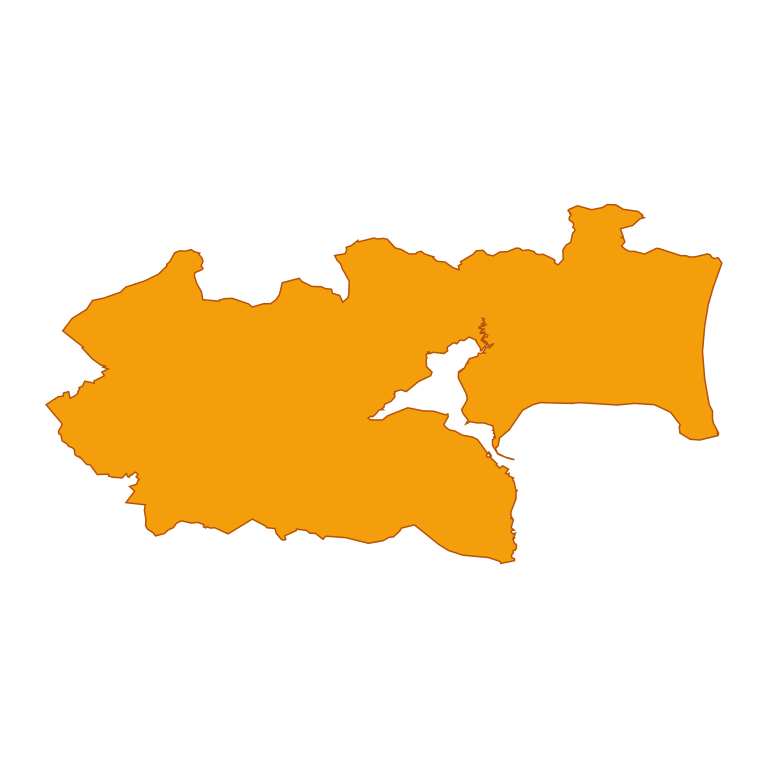 Wexford Lea-7, Wexford, Ireland
{"feature_id": "5873133B47724630895547", "entity_name": "Wexford Lea-7", "entity_type": "district", "adm_level": 2, "iso_a3": "IRL", "parent_name": "Ireland", "parent_adm1": "Wexford", "projection": "natural_earth1", "projection_center": [-6.494, 52.363], "detail": "fine", "context": "isolated", "style": "filled", "palette": "amber", "viewbox_px": 768, "rotation_deg": 0, "n_neighbors": 0, "source": "geoboundaries", "source_scale": "gbopen_adm2", "svg_char_len": 6092}
<svg xmlns="http://www.w3.org/2000/svg" viewBox="0 0 768 768"><path d="M282.3,282.7L279.4,294.8L275.8,299.9L270.6,303.7L263.8,303.7L252.2,307.0L248.5,303.9L232.2,298.3L224.3,298.7L219.1,300.2L219.1,301.2L202.8,299.7L201.4,291.7L197.0,284.0L194.4,276.3L194.9,272.7L202.4,269.4L203.0,268.1L201.1,266.1L203.0,261.3L201.9,258.0L199.0,254.6L199.8,253.2L194.3,251.7L191.2,249.6L185.3,251.2L179.8,250.8L174.8,252.7L169.7,261.7L166.7,264.3L166.9,265.9L158.6,274.1L144.5,281.0L125.8,287.1L120.3,292.3L103.7,298.1L92.4,300.5L86.7,309.3L72.2,318.4L62.7,330.9L83.4,347.2L82.1,347.9L92.3,358.9L100.9,365.1L105.0,366.0L102.9,367.1L108.1,368.8L101.8,372.1L104.4,375.7L94.0,381.0L94.3,383.1L84.8,381.2L82.5,386.0L79.0,387.7L79.5,389.2L77.8,391.7L78.1,393.4L73.4,396.7L70.1,398.2L68.6,391.6L63.4,393.1L63.4,396.0L58.1,396.8L46.1,404.7L61.8,423.4L62.0,425.2L58.7,430.7L58.7,433.6L60.9,435.0L62.2,440.9L67.4,444.2L68.2,446.0L72.6,447.9L74.2,449.5L75.1,454.8L77.7,456.7L79.7,456.5L80.0,458.0L81.4,458.4L86.5,464.3L90.3,465.0L97.2,474.5L108.6,474.2L108.5,476.0L112.3,477.2L122.2,477.9L126.3,473.6L127.6,476.6L129.2,477.3L130.0,475.3L131.2,475.4L135.3,472.1L138.0,474.4L136.1,476.9L139.2,479.6L137.6,481.2L136.7,484.2L129.6,486.5L134.6,491.2L125.9,502.6L145.3,504.8L144.4,510.3L145.9,519.4L145.6,525.7L147.4,529.0L153.2,532.8L155.4,535.9L164.3,533.6L168.0,530.1L173.4,527.6L176.5,523.2L181.6,520.8L191.3,523.1L197.8,522.4L203.9,524.6L203.4,526.7L205.7,527.9L206.4,526.7L210.9,528.1L214.7,527.7L228.1,533.9L252.3,519.1L265.8,526.1L266.7,527.7L275.0,528.5L276.2,533.2L281.4,539.5L284.2,540.1L285.8,539.4L284.7,535.8L296.3,530.6L296.5,529.1L306.4,530.4L309.9,533.2L315.5,533.4L323.0,539.3L325.7,536.2L345.5,537.6L368.6,543.3L383.0,540.7L389.0,537.3L393.5,536.9L399.9,530.8L401.4,528.1L414.5,524.9L438.6,544.3L448.5,550.5L463.0,555.2L488.1,557.5L500.0,561.4L500.8,563.4L514.5,560.7L514.6,558.8L512.0,557.8L511.4,555.3L513.4,552.8L513.3,550.4L515.1,550.3L516.4,548.1L516.4,544.5L514.4,543.3L512.9,538.3L513.9,537.4L514.7,538.8L514.2,536.4L515.5,533.1L512.7,533.9L511.0,531.7L512.1,530.4L514.2,530.2L511.1,527.7L513.4,519.9L512.1,518.5L510.1,518.5L512.3,518.1L511.0,515.8L510.9,512.0L516.0,498.8L516.1,491.2L517.8,490.5L516.0,490.3L514.0,481.8L514.6,481.6L513.7,481.6L512.5,479.0L513.5,478.0L508.7,475.8L509.2,472.4L508.7,474.4L505.5,473.4L508.5,469.2L502.7,465.8L499.4,468.0L496.3,464.6L497.0,463.8L490.2,457.1L491.4,455.9L488.9,452.0L488.3,452.7L490.6,456.0L489.0,457.1L486.8,456.8L486.4,455.5L487.6,453.8L487.0,452.6L477.5,439.5L472.5,437.1L462.2,435.1L455.0,431.1L449.2,429.8L445.9,427.3L443.8,424.7L448.2,416.7L447.9,414.0L445.4,414.8L434.2,411.3L422.7,410.8L407.8,407.8L387.6,415.8L382.5,420.0L370.5,419.9L368.1,418.1L370.8,416.1L372.0,416.9L374.4,415.5L379.4,409.8L383.1,409.6L381.8,408.8L384.0,407.2L384.5,404.4L391.0,401.3L394.5,397.5L395.0,395.6L393.9,393.8L395.0,393.1L394.6,391.8L400.8,389.8L406.2,391.6L418.4,381.6L430.7,375.7L432.0,372.2L426.5,366.6L426.1,360.0L427.0,357.6L426.0,355.7L426.3,354.1L428.7,353.7L427.6,352.2L428.8,351.7L430.1,353.5L433.7,352.3L444.0,353.5L447.6,350.9L447.1,347.4L452.1,343.7L453.9,342.6L456.8,343.8L460.0,340.1L464.1,340.6L469.1,337.0L476.1,340.1L475.7,340.8L480.6,348.4L480.4,350.8L481.7,350.8L483.8,347.2L486.0,346.0L486.3,344.0L481.1,340.1L483.5,336.2L485.9,334.7L484.0,333.3L480.2,333.3L480.4,332.1L483.1,329.3L479.1,328.3L479.1,327.0L485.4,324.6L481.8,323.9L484.5,322.3L482.9,320.1L484.0,318.9L481.3,317.9L484.3,319.0L483.2,320.3L484.7,322.5L482.1,323.8L485.8,324.6L484.9,325.8L479.5,327.0L480.0,328.4L484.0,329.1L480.9,331.9L480.8,333.2L484.6,331.9L484.6,333.3L487.8,335.4L487.0,337.1L484.9,336.9L482.5,339.6L487.3,342.6L487.9,345.2L489.1,345.4L488.5,346.2L493.9,343.4L490.4,347.4L489.0,347.4L489.6,348.1L487.7,347.0L485.5,348.1L483.3,352.1L485.8,353.5L482.9,352.5L481.1,353.6L478.5,353.2L477.7,356.2L469.4,358.7L467.3,362.4L468.6,363.2L466.9,363.0L464.2,368.4L459.3,372.5L463.8,368.3L458.5,371.9L458.3,378.0L466.1,393.4L467.3,398.1L466.5,401.3L461.6,409.7L463.2,413.7L468.1,420.1L465.9,423.9L470.4,421.6L476.7,422.9L483.7,422.9L492.8,425.9L493.5,429.5L492.8,430.2L493.7,430.4L493.7,433.7L494.4,433.6L495.0,436.2L493.2,437.3L495.1,436.8L495.3,437.7L492.5,439.8L492.5,445.3L497.8,453.9L499.0,454.6L508.1,458.3L514.5,459.7L505.0,457.0L497.8,453.4L495.3,448.5L498.1,445.8L499.6,437.9L509.1,430.0L522.6,410.2L532.9,404.7L540.4,402.6L571.3,403.4L571.4,402.5L571.6,403.5L579.0,402.6L617.1,405.0L634.4,403.4L654.5,404.7L670.5,412.2L680.3,424.8L679.2,426.7L679.9,433.0L690.1,439.3L699.9,440.0L717.6,435.7L717.5,432.8L718.4,434.1L718.5,432.9L713.7,423.9L712.5,418.9L712.5,411.1L709.2,404.5L704.7,378.9L702.5,351.7L704.6,326.8L708.2,305.0L713.1,287.7L721.9,263.0L718.1,257.7L714.5,258.6L711.9,257.4L710.2,254.8L707.5,253.9L694.6,257.0L689.3,256.9L686.2,255.7L681.0,255.7L658.8,248.5L656.4,248.4L644.6,254.0L634.0,251.3L629.4,251.4L625.0,249.1L621.5,245.9L624.9,242.0L623.5,238.2L621.6,237.6L623.2,236.7L620.4,228.8L632.8,225.4L639.8,218.9L644.2,217.7L641.9,216.4L641.7,215.3L642.5,215.0L638.0,211.4L623.2,209.3L615.8,204.8L607.3,204.6L602.3,207.6L591.6,209.7L577.5,205.8L569.2,209.3L568.0,210.8L570.5,213.0L569.8,213.4L570.9,215.6L569.3,217.1L569.2,219.8L573.1,222.8L573.8,225.3L572.7,227.0L574.7,229.0L574.8,230.8L572.6,233.4L570.7,242.3L566.0,245.2L562.9,250.0L563.2,259.5L558.1,264.9L554.4,262.8L555.1,260.6L553.4,259.1L543.1,254.3L537.9,254.6L535.2,253.3L534.4,251.8L528.5,249.9L522.5,250.5L519.7,248.4L516.1,248.1L507.3,251.7L499.7,252.0L493.3,255.9L487.0,254.5L483.1,250.3L476.2,250.8L473.2,254.2L460.5,261.8L461.8,263.9L458.4,265.7L459.2,269.8L453.2,267.8L444.9,262.0L437.1,261.3L433.0,257.7L433.8,256.9L424.6,254.0L421.1,251.2L416.7,252.6L415.9,253.9L409.2,254.0L401.3,249.5L395.2,247.9L387.4,239.3L383.0,238.4L377.4,239.0L374.2,238.0L358.3,241.9L358.0,240.4L351.0,245.8L346.2,247.3L346.6,250.6L344.9,253.8L334.6,255.5L337.1,260.2L340.7,264.0L342.1,268.3L349.2,281.0L348.8,294.0L347.8,297.9L342.8,302.2L339.7,295.5L332.4,293.3L331.5,289.2L325.7,288.7L321.3,286.8L311.9,286.4L301.8,281.5L299.3,278.3L282.3,282.7Z" fill="#f59e0b" stroke="#b45309" stroke-width="1.5"/></svg>